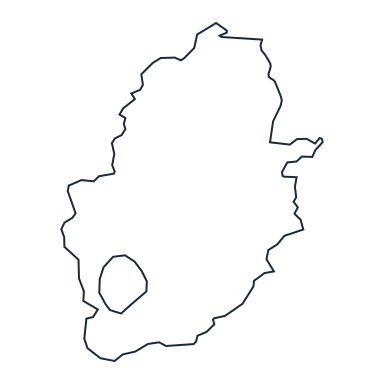 an SVG outline of Nottinghamshire
{"feature_id": "GBR-2764", "entity_name": "Nottinghamshire", "entity_type": "Administrative County", "adm_level": 1, "iso_a3": "GBR", "parent_name": "United Kingdom", "parent_adm1": "", "projection": "equal_earth", "projection_center": [-0.985, 53.13], "detail": "fine", "context": "isolated", "style": "outline", "palette": "slate", "viewbox_px": 384, "rotation_deg": 0, "n_neighbors": 0, "source": "natural_earth", "source_scale": "10m", "svg_char_len": 1611}
<svg xmlns="http://www.w3.org/2000/svg" viewBox="0 0 384 384"><path d="M216.1,23.0L226.8,30.6L226.7,32.7L219.6,35.7L221.5,37.0L262.1,39.6L260.5,45.4L261.6,50.5L265.3,55.0L270.3,63.6L270.7,66.0L270.2,68.7L268.5,73.7L268.8,76.9L270.8,78.5L273.2,79.8L275.0,81.8L281.0,96.8L281.8,100.6L280.6,105.8L273.1,121.3L270.0,142.3L289.8,144.6L297.1,139.1L306.7,138.8L315.1,143.6L319.7,138.0L321.9,138.8L322.7,142.1L315.3,150.2L312.3,156.9L301.8,156.6L296.5,161.5L287.3,162.4L281.9,172.2L282.7,176.0L284.5,176.7L296.6,177.2L294.9,186.7L296.2,197.3L293.6,201.8L297.8,207.3L294.5,213.7L300.6,219.8L303.3,229.5L284.4,235.8L277.5,244.2L268.3,250.1L266.5,259.3L273.9,271.4L264.5,273.1L254.0,280.8L253.4,286.5L242.6,303.7L225.0,315.9L214.1,318.3L213.0,319.5L214.3,324.3L206.6,331.9L197.5,335.7L196.0,341.7L193.5,344.1L166.0,346.0L159.1,342.3L147.9,344.0L135.2,351.6L122.8,354.4L114.5,361.0L100.4,358.2L87.5,348.2L84.3,338.7L86.4,318.6L93.1,317.1L97.8,309.5L83.3,300.9L83.9,291.3L79.0,278.5L78.5,259.7L64.4,246.8L64.2,237.2L61.3,229.2L64.5,222.6L72.4,217.8L75.6,213.3L67.7,191.0L68.9,185.5L81.5,180.1L93.8,181.3L99.0,176.2L113.8,173.7L114.7,171.6L112.2,165.2L114.3,153.9L111.9,143.1L114.9,138.4L121.6,135.1L125.4,129.1L123.8,123.9L125.4,118.0L119.5,114.6L123.2,108.3L134.9,99.1L131.3,93.5L140.2,89.8L142.9,84.8L141.3,74.3L152.8,62.9L160.8,58.0L174.8,57.6L180.9,60.3L184.0,58.4L194.2,48.0L197.2,34.5L216.1,23.0ZM121.1,313.5L131.8,303.9L146.4,291.4L146.8,281.3L141.8,271.2L134.6,261.6L125.0,255.3L113.1,256.8L103.5,267.3L99.7,279.3L99.3,292.8L105.4,303.9L110.0,310.1L121.1,313.5Z" fill="none" stroke="#1e293b" stroke-width="2"/></svg>